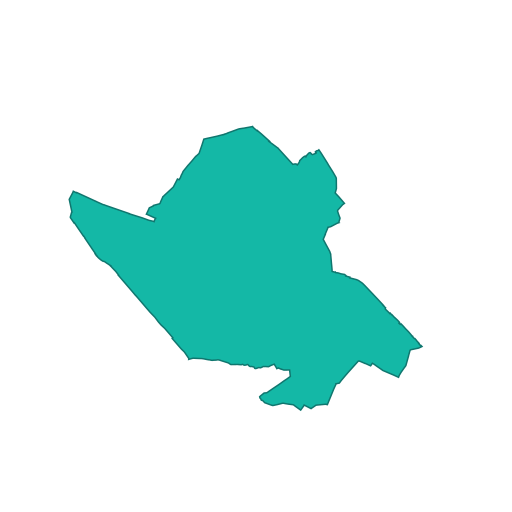 outline of Glūdas pag., Jelgava, Latvia, rotated 213°
{"feature_id": "27541924B80569241121500", "entity_name": "Glūdas pag.", "entity_type": "district", "adm_level": 2, "iso_a3": "LVA", "parent_name": "Latvia", "parent_adm1": "Jelgava", "projection": "albers", "projection_center": [23.526, 56.61], "detail": "fine", "context": "isolated", "style": "filled", "palette": "teal", "viewbox_px": 512, "rotation_deg": 213, "n_neighbors": 0, "source": "geoboundaries", "source_scale": "gbopen_adm2", "svg_char_len": 5904}
<svg xmlns="http://www.w3.org/2000/svg" viewBox="0 0 512 512"><g transform="rotate(213 256 256)"><path d="M178.3,286.4L179.1,285.9L180.3,285.4L180.7,285.8L181.1,285.4L183.7,284.5L184.1,284.9L184.5,285.6L187.0,288.8L188.6,290.8L193.7,297.3L194.4,298.3L195.0,298.7L196.2,299.6L196.3,299.7L196.4,299.8L196.5,299.9L204.4,304.2L208.7,306.6L209.6,311.8L209.8,311.8L211.1,319.0L211.3,319.2L209.3,321.3L205.7,327.8L204.7,329.0L204.8,329.0L205.8,332.5L206.1,333.4L206.5,333.8L208.6,335.3L212.0,338.0L212.2,338.4L212.4,338.9L211.3,346.2L210.5,348.3L219.0,350.8L223.9,352.0L225.3,356.4L230.9,364.8L231.7,365.5L237.4,368.4L244.8,371.8L246.7,372.8L257.5,377.8L261.1,379.3L261.3,378.4L262.4,377.3L263.0,375.8L262.6,375.4L262.0,375.5L261.6,375.3L261.9,374.5L262.8,373.2L263.9,371.8L264.4,371.7L264.8,371.7L265.5,371.8L265.6,372.0L266.6,372.2L267.0,372.2L267.8,371.0L268.2,368.5L268.3,368.0L268.6,367.5L268.6,367.2L268.3,367.0L268.1,366.5L268.3,366.4L268.5,366.2L269.0,366.4L269.4,366.3L269.7,365.9L269.9,365.3L270.2,364.5L270.5,363.8L270.6,362.9L270.8,362.2L270.9,361.5L271.1,360.7L271.2,360.2L271.3,359.9L271.2,359.6L271.0,359.0L270.8,358.4L270.8,357.2L270.9,356.4L270.8,355.8L270.9,355.1L271.0,354.8L272.2,355.1L272.7,354.9L273.6,354.3L274.4,353.6L275.0,352.9L277.1,353.4L282.8,354.9L296.2,358.4L296.3,358.5L298.2,358.5L298.7,358.6L307.4,359.1L307.1,359.6L317.9,361.3L322.7,361.9L323.1,362.0L323.1,361.6L323.5,361.6L323.8,361.7L325.7,361.9L328.3,362.3L328.7,362.4L329.0,362.6L329.4,362.8L329.8,362.3L332.0,360.2L333.5,358.8L335.8,356.6L337.0,355.6L338.9,353.9L339.7,353.1L340.4,352.2L343.9,347.5L346.8,343.7L346.7,343.6L348.2,341.6L348.3,341.6L348.4,341.4L348.5,341.2L348.6,341.3L348.7,341.2L349.3,340.2L349.5,339.9L349.6,340.0L353.9,335.3L358.7,330.4L361.1,328.0L363.4,325.6L361.8,319.8L359.6,311.0L360.6,307.1L360.8,306.9L361.5,300.9L362.2,296.0L362.4,295.0L363.0,289.2L363.2,287.2L362.8,285.1L362.7,283.2L362.1,280.6L362.1,279.9L362.0,278.1L363.8,277.8L362.9,268.8L364.2,263.6L365.2,259.6L365.9,256.9L365.9,256.6L366.4,254.9L366.3,254.7L365.6,250.0L365.2,248.2L365.3,247.3L367.1,245.3L369.6,242.5L369.6,242.4L369.3,242.5L369.3,242.2L371.7,238.3L371.2,235.1L370.7,231.4L370.4,231.5L361.7,232.8L360.7,233.0L360.7,231.9L360.5,230.4L360.2,229.3L360.9,229.2L365.3,227.6L372.3,226.0L378.0,224.4L385.6,222.3L385.6,222.5L394.8,220.2L410.2,216.4L410.9,216.3L412.3,215.8L418.2,214.9L427.9,213.5L441.0,211.6L441.0,211.2L444.5,210.8L444.2,209.5L443.5,201.8L443.2,201.5L434.2,192.5L434.2,192.4L434.3,191.7L434.2,191.5L434.2,191.4L433.7,190.0L433.7,189.9L433.6,189.6L433.1,188.0L433.1,187.9L432.7,187.3L432.6,187.1L426.6,184.6L426.5,185.0L419.2,181.9L411.5,178.7L411.4,178.9L409.2,178.0L409.3,177.8L400.8,174.2L396.8,172.5L391.9,170.5L392.1,170.2L389.9,169.3L389.8,169.6L388.7,169.1L387.8,168.8L386.1,168.5L383.5,168.2L381.3,168.3L380.5,168.7L379.8,168.8L377.3,168.7L372.5,168.7L372.6,168.4L371.5,168.2L369.2,167.6L365.3,166.7L361.0,165.2L361.1,164.9L340.0,158.7L335.5,157.3L335.4,157.4L314.4,151.2L312.7,150.8L307.5,149.6L301.8,147.5L297.9,146.4L293.2,145.6L281.2,142.1L281.4,141.2L267.9,137.3L264.2,136.6L262.6,136.0L256.4,133.4L256.1,132.7L255.5,133.4L253.9,135.2L253.0,136.1L251.1,137.2L248.7,138.6L245.7,140.4L243.8,141.3L241.2,142.3L239.8,142.9L239.3,143.1L238.9,143.4L237.6,143.9L236.7,144.2L235.4,145.0L235.0,145.4L233.3,146.6L232.5,147.2L231.7,148.0L231.0,148.4L230.2,148.7L229.4,149.0L228.8,149.1L221.2,151.2L220.8,151.3L218.5,151.2L218.2,151.2L217.6,151.5L217.0,151.9L216.4,152.3L212.1,155.2L212.0,155.3L211.6,155.4L210.7,155.9L209.1,156.8L208.4,157.7L208.0,157.9L206.8,157.9L206.4,158.0L205.0,159.1L204.4,160.1L204.0,160.4L203.6,160.5L202.7,160.2L201.3,160.0L200.5,160.2L199.8,160.8L198.3,161.4L197.6,161.7L197.0,161.7L195.9,161.1L195.3,161.2L194.4,162.0L193.0,163.9L191.3,164.7L190.4,166.0L190.0,166.9L189.7,167.3L189.1,167.6L188.0,168.4L185.3,169.9L185.0,170.3L184.8,170.6L184.4,171.4L183.9,172.3L181.8,175.2L177.3,173.0L177.2,172.9L176.2,174.3L175.8,174.3L173.5,174.7L173.5,174.8L170.6,175.5L165.7,178.7L161.6,173.7L163.2,169.5L164.4,166.8L165.6,163.7L166.7,160.9L169.3,154.8L172.5,147.1L174.6,145.5L175.9,141.5L176.3,140.0L175.4,139.1L174.2,138.8L173.5,138.3L173.1,138.0L172.8,138.0L172.5,138.1L171.9,138.4L171.7,138.4L171.2,138.3L168.8,137.7L162.3,139.2L160.6,139.7L160.4,139.8L160.1,140.1L159.2,141.0L157.4,142.8L157.2,143.0L153.6,146.9L153.2,147.2L152.7,147.5L151.2,148.1L148.0,149.5L143.6,151.6L141.3,151.4L134.6,151.1L134.3,156.9L134.4,157.2L126.7,158.0L126.6,158.3L125.1,161.9L124.4,163.6L122.8,164.9L116.6,169.8L116.5,169.7L115.2,170.2L118.1,185.5L118.2,185.9L118.7,189.1L118.8,189.9L119.1,192.0L119.4,192.3L117.0,194.7L116.9,194.8L116.7,198.0L115.8,205.2L115.7,205.7L115.4,208.1L113.0,223.3L112.8,223.7L112.6,223.9L112.3,224.1L111.1,224.4L108.2,224.9L107.6,225.0L106.3,225.2L105.9,225.3L105.5,225.5L105.4,225.5L103.5,225.8L102.0,226.0L100.1,226.3L100.0,227.0L100.0,229.4L98.5,229.5L97.8,229.5L93.4,229.3L92.2,229.3L87.2,229.1L76.9,230.9L76.5,231.0L70.4,231.9L70.5,232.3L70.7,233.1L70.7,233.5L70.8,233.7L70.9,234.6L70.9,235.2L70.9,236.2L71.0,236.9L70.8,242.5L70.7,244.0L70.6,245.7L70.7,245.9L71.7,249.1L72.8,252.6L73.0,253.2L73.6,255.2L73.7,255.3L75.4,260.7L75.4,261.1L75.2,261.6L69.5,267.3L68.9,268.2L68.2,269.3L67.5,270.5L68.9,270.8L69.0,270.4L70.3,270.8L71.9,271.2L71.8,271.6L75.0,272.4L75.6,272.7L77.8,273.3L78.2,273.0L81.4,273.8L81.3,274.0L81.7,274.0L86.7,275.5L90.7,276.4L95.2,277.6L97.6,278.1L97.8,277.2L99.5,277.5L99.5,278.5L102.1,279.2L105.9,279.9L106.0,279.8L110.0,280.8L110.1,280.6L112.4,281.2L112.5,280.6L113.5,280.9L118.6,281.9L119.1,282.6L119.1,283.1L119.7,283.2L122.3,283.8L122.2,284.0L128.9,285.7L141.7,288.8L148.4,290.4L151.2,291.0L152.7,291.2L154.9,291.2L155.1,291.2L155.9,291.3L157.3,291.2L158.9,290.9L160.4,290.4L165.5,288.7L165.7,289.4L169.8,288.1L169.9,288.6L171.1,288.7L171.6,288.8L175.1,287.3L177.7,286.6L178.3,286.4Z" fill="#14b8a6" stroke="#0f766e" stroke-width="1.5"/></g></svg>